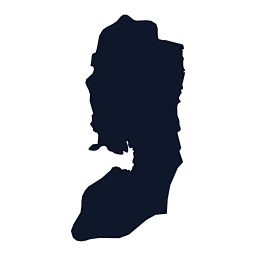 an SVG outline of West Bank
{"feature_id": "WEB+00?", "entity_name": "West Bank", "entity_type": "state/province", "adm_level": 1, "iso_a3": "PSE", "parent_name": "Palestine", "parent_adm1": "", "projection": "mercator", "projection_center": [35.24, 31.944], "detail": "fine", "context": "isolated", "style": "filled", "palette": "ink", "viewbox_px": 256, "rotation_deg": 0, "n_neighbors": 0, "source": "natural_earth", "source_scale": "10m", "svg_char_len": 2452}
<svg xmlns="http://www.w3.org/2000/svg" viewBox="0 0 256 256"><path d="M126.5,15.5L128.6,16.6L133.2,20.4L136.1,21.4L146.1,21.0L150.9,21.5L155.6,24.5L157.0,28.9L157.0,34.8L157.8,39.5L162.0,40.8L165.8,40.9L169.5,41.9L182.4,45.2L182.9,46.7L183.2,48.4L182.2,48.4L182.2,47.1L181.0,47.1L181.0,48.4L181.9,50.2L181.7,55.9L183.2,58.7L182.5,60.9L182.4,64.5L183.0,68.1L184.3,70.3L183.5,70.8L182.9,71.3L182.5,72.0L182.2,73.0L184.3,73.0L182.2,81.9L181.5,84.9L182.2,87.2L182.2,88.6L180.9,89.2L180.2,90.1L180.2,91.1L181.0,92.3L178.3,96.9L178.2,99.1L179.9,101.4L177.2,103.6L176.4,106.9L176.7,115.6L178.4,120.0L178.7,122.0L178.8,124.6L179.1,126.1L180.0,128.2L179.9,129.7L179.2,130.6L178.1,130.9L177.1,131.5L176.7,133.0L180.5,148.0L178.8,150.4L178.8,151.8L182.2,161.9L177.1,167.6L173.1,176.9L169.5,185.2L167.0,198.8L166.1,212.7L166.2,213.0L155.2,214.1L146.0,219.3L128.6,233.9L119.2,237.4L99.3,237.2L89.8,238.5L85.7,239.9L81.3,240.6L77.1,240.0L73.6,237.3L71.7,231.0L74.0,224.8L81.2,212.7L82.1,206.6L82.2,201.3L82.9,196.3L85.4,191.3L85.8,190.7L88.7,187.2L102.4,178.5L107.8,173.7L111.1,170.8L113.0,167.9L116.7,167.1L117.5,167.9L119.5,168.1L121.5,170.4L125.7,169.8L127.9,171.3L128.7,170.6L129.3,170.9L129.8,171.8L130.9,172.4L131.6,172.1L131.9,170.5L132.7,169.7L133.2,167.0L134.1,166.2L134.9,165.0L134.4,163.5L133.3,162.4L133.2,161.1L134.1,158.4L134.9,157.3L134.4,156.8L134.2,155.3L133.7,153.1L134.5,151.9L135.2,150.5L134.4,150.0L133.4,149.9L133.1,149.5L134.0,148.1L133.4,147.6L132.8,147.1L132.0,146.9L130.2,147.4L129.2,145.9L128.9,144.6L129.1,142.8L128.3,140.5L126.8,140.1L125.7,140.9L125.6,142.0L126.3,143.5L126.9,145.4L127.4,148.0L127.4,150.9L127.3,151.6L127.0,151.9L124.3,150.4L123.2,150.4L122.2,150.7L122.0,151.6L122.6,152.7L122.6,153.7L120.7,154.0L114.8,152.7L112.3,150.7L110.9,150.9L108.5,149.5L107.0,146.3L105.1,145.2L103.2,145.1L101.9,145.4L100.2,146.3L97.3,149.2L95.0,149.9L93.2,150.0L89.8,149.5L89.3,149.1L89.5,148.4L91.3,146.8L92.7,145.3L94.0,144.9L97.7,144.7L98.4,143.9L99.1,135.0L97.7,132.0L95.5,131.6L93.8,130.2L93.5,129.2L94.1,128.2L93.1,127.3L90.8,124.0L92.6,121.8L92.7,118.9L92.4,115.7L94.1,113.9L90.4,100.9L90.8,94.4L89.2,89.5L87.0,85.1L86.2,82.7L86.8,79.8L93.0,74.1L94.1,71.7L94.7,69.3L94.4,67.3L93.3,65.9L91.3,65.3L91.8,62.8L92.4,56.9L93.0,54.5L93.6,54.0L95.8,53.3L96.4,52.8L97.5,48.9L98.1,45.7L100.0,35.9L103.2,30.4L107.4,27.4L112.2,25.1L117.1,21.9L121.1,17.2L123.4,15.5L126.2,15.4L126.5,15.5Z" fill="#0f172a" stroke="#020617" stroke-width="1.5"/></svg>